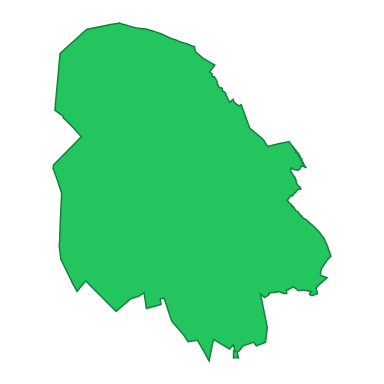 Galeana, Nuevo León, Mexico
{"feature_id": "50627088B33485633173857", "entity_name": "Galeana", "entity_type": "district", "adm_level": 2, "iso_a3": "MEX", "parent_name": "Mexico", "parent_adm1": "Nuevo León", "projection": "natural_earth1", "projection_center": [-100.187, 24.755], "detail": "fine", "context": "isolated", "style": "filled", "palette": "green", "viewbox_px": 384, "rotation_deg": 0, "n_neighbors": 0, "source": "geoboundaries", "source_scale": "gbopen_adm2", "svg_char_len": 5347}
<svg xmlns="http://www.w3.org/2000/svg" viewBox="0 0 384 384"><path d="M60.8,259.1L63.0,263.6L66.5,270.8L70.7,279.3L73.0,284.2L77.0,291.4L85.7,280.9L93.1,288.3L105.2,300.5L116.1,311.4L126.8,302.2L130.7,298.8L134.9,297.4L139.1,296.0L144.1,292.8L146.4,308.5L153.7,306.5L161.0,304.5L160.2,298.8L163.0,298.5L164.2,298.4L164.8,300.3L164.9,300.6L165.6,302.4L165.7,302.9L166.0,303.7L166.1,303.9L166.3,304.5L167.0,306.7L167.3,307.7L170.7,318.2L172.0,321.4L173.0,322.6L176.0,326.1L183.4,334.6L188.0,341.7L197.4,340.3L200.6,345.7L202.5,349.0L203.6,350.8L209.1,361.0L212.8,342.3L213.7,339.5L229.6,349.1L233.3,344.7L233.7,344.9L233.6,346.5L233.9,346.5L234.2,347.3L234.3,347.3L234.4,348.2L234.4,348.5L234.5,349.2L234.7,350.3L235.0,350.6L235.1,351.2L234.5,351.1L234.1,351.0L233.9,350.8L233.6,350.7L233.6,351.0L233.5,357.7L233.5,357.9L237.1,357.5L238.4,358.0L237.2,351.4L239.1,351.0L242.9,346.0L245.9,344.9L253.7,342.2L256.3,345.9L261.2,344.0L265.5,342.3L267.3,327.5L262.2,302.3L260.5,294.1L264.6,297.6L269.3,294.4L268.9,293.0L273.3,292.5L279.6,291.7L283.4,293.4L284.6,293.5L286.7,293.5L286.4,290.1L287.9,289.9L293.4,286.7L298.2,290.6L301.0,290.5L303.4,290.0L309.9,291.3L311.2,291.6L310.9,291.8L310.6,292.1L310.6,292.4L310.4,292.6L310.2,292.8L309.8,293.6L309.4,294.5L312.0,295.7L317.6,293.6L316.0,288.1L318.8,285.0L327.1,277.7L321.2,275.5L320.3,275.0L321.3,268.9L327.2,260.0L330.9,256.2L327.3,245.7L323.8,238.0L322.4,236.2L319.8,232.8L314.6,227.2L306.4,219.9L303.1,218.0L302.8,217.7L301.7,215.9L300.8,216.0L300.7,215.2L299.7,214.0L299.0,213.8L298.7,213.5L298.7,213.1L298.7,212.7L298.5,212.1L297.3,211.6L296.9,211.2L295.7,210.5L295.3,209.6L294.7,208.9L294.0,208.6L294.0,207.3L293.7,207.1L293.1,207.3L292.9,206.4L292.2,205.8L291.5,205.9L291.7,205.0L291.1,204.1L290.1,203.6L289.8,203.3L288.9,202.7L288.5,202.0L288.1,201.7L288.0,201.0L287.2,200.2L291.0,195.4L291.4,195.6L291.7,195.9L291.9,196.1L292.0,196.1L292.3,195.9L292.5,195.8L292.7,195.7L292.8,195.5L292.8,195.3L292.9,195.1L293.2,194.6L295.5,192.4L295.4,192.4L297.9,189.3L300.8,189.0L300.2,187.2L298.2,185.7L296.7,183.6L296.5,183.0L296.4,182.5L296.3,181.5L296.1,181.2L296.0,180.9L296.0,180.4L295.7,180.1L295.5,179.9L295.7,179.3L295.4,179.1L295.3,178.8L295.2,178.3L295.0,178.0L294.9,177.9L295.0,177.4L294.9,177.2L294.4,176.9L294.2,176.6L293.6,175.6L293.3,175.3L293.2,175.2L292.9,174.7L292.7,174.4L292.5,174.0L292.0,173.4L291.3,172.3L291.0,171.2L290.8,170.8L290.8,170.7L290.7,170.2L290.7,169.8L290.9,169.6L290.7,168.9L290.8,168.8L290.8,168.2L291.6,167.9L292.3,168.6L292.8,169.0L293.5,169.2L294.2,169.6L294.7,169.7L295.1,169.8L295.4,169.8L295.7,169.8L296.0,169.9L296.3,169.8L296.6,169.8L297.7,170.3L299.2,169.4L299.7,169.0L301.8,165.7L306.4,167.9L304.6,165.8L304.4,165.7L304.1,165.6L303.9,165.3L304.0,164.9L304.0,164.6L303.9,164.4L303.8,164.2L303.5,164.2L303.2,164.1L303.2,163.9L303.1,163.7L303.1,163.4L303.4,163.1L303.3,162.9L303.1,162.9L302.8,162.8L302.8,162.7L303.0,162.6L303.1,162.4L302.8,162.3L302.7,162.4L302.5,162.5L302.4,162.5L302.3,162.4L302.1,162.3L301.9,162.3L301.9,162.2L302.1,162.0L302.2,161.8L302.1,161.7L301.8,161.6L301.7,161.5L301.7,161.4L301.8,161.2L301.9,160.9L301.7,161.0L301.4,161.2L301.3,160.8L301.4,160.6L301.1,160.4L301.2,160.1L301.4,160.1L301.4,159.8L301.5,159.1L301.8,158.9L301.8,158.7L301.7,158.6L301.4,158.5L301.2,158.6L300.7,158.8L300.2,158.5L300.2,158.2L300.4,158.0L300.3,157.8L300.1,157.5L300.3,157.1L300.3,156.8L300.1,156.9L299.9,156.6L299.7,156.6L299.4,156.6L299.2,156.6L298.8,156.3L298.9,156.0L299.4,155.6L299.0,155.3L299.1,155.0L299.1,154.7L298.9,154.6L298.5,154.7L298.2,154.7L298.0,154.3L297.7,153.9L298.3,154.0L298.0,153.6L298.3,153.5L298.4,153.3L298.0,153.4L297.6,153.4L297.4,153.2L297.3,153.3L297.1,153.5L296.9,153.3L297.0,153.0L297.1,152.8L296.8,152.7L296.7,152.8L296.4,152.7L296.2,152.6L296.2,152.3L296.3,152.2L296.5,151.9L296.4,151.9L296.1,151.9L296.3,151.7L296.5,151.4L296.5,151.2L296.4,151.1L296.2,151.3L295.9,151.2L295.9,150.8L295.9,150.7L295.7,150.8L295.6,150.7L295.5,150.4L295.5,150.2L295.4,150.1L295.2,150.3L295.0,150.2L295.2,149.9L295.1,149.6L294.8,149.5L295.0,149.4L289.0,141.6L278.6,143.7L275.1,144.6L267.6,146.4L265.2,142.6L263.1,139.3L258.2,135.2L249.7,128.1L241.2,104.6L240.8,104.8L240.5,105.4L240.3,105.8L239.5,105.9L238.8,105.4L238.1,105.0L236.7,104.4L234.2,102.2L233.1,99.3L229.7,102.3L226.5,96.0L225.9,95.1L226.0,93.9L225.5,93.1L224.2,91.8L223.5,91.4L222.4,91.3L222.4,88.4L221.0,87.8L218.9,87.1L216.9,83.1L217.2,81.7L214.3,76.7L213.6,77.3L212.1,76.0L212.0,73.6L210.7,73.0L209.5,72.1L211.1,70.0L214.8,65.1L206.1,60.0L202.3,57.7L195.3,51.5L194.4,46.5L192.7,46.3L187.8,44.2L180.1,41.8L178.8,41.3L175.9,39.9L171.5,38.6L165.0,35.6L161.3,33.8L161.1,33.8L153.2,31.1L145.8,29.0L137.1,28.1L132.0,26.9L131.2,26.6L130.3,26.4L128.2,25.8L127.5,25.5L127.1,25.4L126.7,25.3L123.8,24.4L123.0,24.4L122.4,24.2L121.8,24.1L121.3,23.6L120.9,23.4L120.4,23.5L119.6,23.0L118.5,23.1L117.1,23.5L115.1,23.8L110.9,24.4L106.2,25.4L100.8,26.5L96.1,27.4L89.3,28.8L86.7,29.3L77.9,37.3L71.6,43.0L66.6,47.5L63.3,50.5L60.1,53.4L59.7,57.4L58.0,76.3L56.9,88.1L55.4,104.1L54.9,110.3L60.2,114.1L63.2,116.2L63.3,118.0L64.2,118.7L64.6,119.1L73.9,128.3L77.5,132.4L81.3,136.7L75.3,142.8L71.5,146.7L65.6,152.7L61.7,156.6L56.3,162.1L53.5,164.9L53.1,168.6L55.6,175.3L57.1,179.4L61.7,193.4L61.2,202.4L60.4,219.3L59.5,243.2L59.2,245.5L60.8,259.1Z" fill="#22c55e" stroke="#15803d" stroke-width="1.5"/></svg>